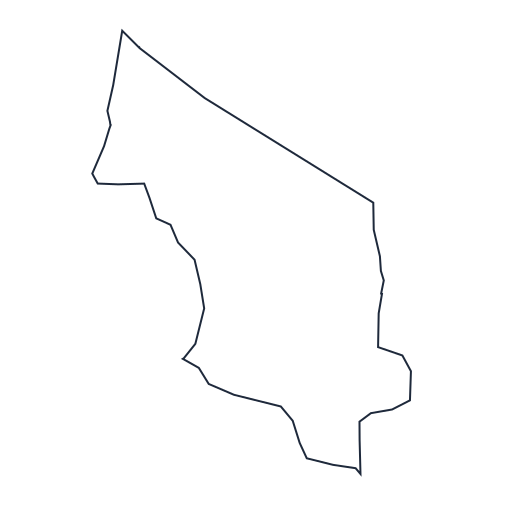 outline of Habo, Västra Götaland, Sweden, rotated 284°
{"feature_id": "70781695B50055255303815", "entity_name": "Habo", "entity_type": "district", "adm_level": 2, "iso_a3": "SWE", "parent_name": "Sweden", "parent_adm1": "Västra Götaland", "projection": "robinson", "projection_center": [14.097, 58.001], "detail": "fine", "context": "isolated", "style": "outline", "palette": "slate", "viewbox_px": 512, "rotation_deg": 284, "n_neighbors": 0, "source": "geoboundaries", "source_scale": "gbopen_adm2", "svg_char_len": 817}
<svg xmlns="http://www.w3.org/2000/svg" viewBox="0 0 512 512"><g transform="rotate(284 256 256)"><path d="M69.8,410.1L102.7,401.0L120.3,396.5L131.3,405.5L140.0,425.2L153.2,440.3L181.7,434.2L194.9,422.1L197.1,396.5L230.1,388.9L249.8,387.4L249.8,386.9L249.8,386.5L263.2,385.9L271.7,380.8L285.7,376.3L309.9,363.9L336.1,356.9L396.8,168.1L429.5,92.9L430.0,92.5L429.8,92.4L442.2,71.7L387.2,76.1L360.9,76.7L351.0,81.8L347.7,83.1L347.7,83.3L346.9,83.2L344.0,82.9L325.8,82.0L296.4,77.2L293.8,79.5L288.0,84.9L292.2,105.0L299.2,130.0L286.6,138.6L268.4,150.1L265.6,165.5L250.2,177.1L237.5,197.3L215.1,208.8L192.6,218.4L156.1,218.4L139.3,210.7L138.5,209.9L133.6,227.6L120.4,241.1L116.0,268.2L116.0,316.5L105.0,331.5L85.2,343.6L72.0,354.2L72.0,381.3L74.2,404.0L69.8,410.1Z" fill="none" stroke="#1e293b" stroke-width="2"/></g></svg>